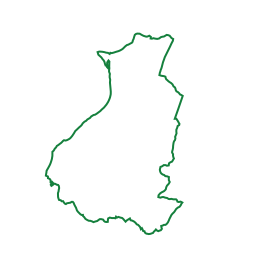 São Francisco de Itabapoana, Rio de Janeiro, Brazil, rotated 193°
{"feature_id": "56859067B40188344315661", "entity_name": "São Francisco de Itabapoana", "entity_type": "district", "adm_level": 2, "iso_a3": "BRA", "parent_name": "Brazil", "parent_adm1": "Rio de Janeiro", "projection": "mercator", "projection_center": [-41.135, -21.454], "detail": "fine", "context": "isolated", "style": "outline", "palette": "green", "viewbox_px": 256, "rotation_deg": 193, "n_neighbors": 0, "source": "geoboundaries", "source_scale": "gbopen_adm2", "svg_char_len": 4546}
<svg xmlns="http://www.w3.org/2000/svg" viewBox="0 0 256 256"><g transform="rotate(193 128 128)"><path d="M72.3,37.4L72.9,38.4L73.6,40.0L72.2,40.8L71.2,41.7L69.6,42.1L68.5,43.6L67.8,45.3L67.4,47.3L67.1,49.1L66.7,50.6L66.2,52.8L65.4,54.5L64.2,56.3L63.5,58.0L62.9,59.8L61.6,61.6L60.0,62.9L59.2,64.7L58.9,66.3L58.3,67.6L60.2,68.1L61.9,67.3L63.3,67.4L64.0,68.6L65.1,69.3L66.5,69.0L67.9,68.7L69.9,68.7L71.3,68.1L72.5,68.0L74.2,68.6L76.2,68.5L77.8,68.7L79.1,68.4L80.8,67.4L82.9,67.5L83.1,69.3L82.0,71.5L80.7,72.9L79.7,73.7L78.7,74.6L78.0,75.6L77.4,76.7L77.4,78.9L77.0,80.7L76.3,81.8L75.7,83.0L75.2,84.8L76.4,86.2L76.9,88.0L77.1,89.4L78.9,89.7L80.8,89.5L82.1,90.3L83.8,90.5L85.2,91.1L86.2,91.9L87.0,93.1L87.6,94.5L87.6,95.9L87.6,97.4L86.1,98.4L84.8,99.9L83.0,100.3L81.6,100.0L79.9,100.7L80.1,102.8L79.0,104.1L77.5,105.2L76.9,107.1L76.4,108.6L77.2,109.7L77.9,111.1L78.2,112.6L79.5,114.0L79.7,115.2L79.6,116.4L79.6,117.7L79.7,119.0L80.0,120.6L80.2,122.6L80.3,124.4L80.0,125.8L79.5,126.9L79.5,128.7L80.1,129.9L79.8,131.7L79.5,133.6L80.1,135.4L80.5,137.2L80.1,139.4L80.1,141.1L78.8,142.4L78.8,143.6L79.8,144.6L80.6,145.6L83.0,147.9L84.5,147.5L83.4,157.1L81.9,171.6L83.6,172.2L84.9,172.4L86.0,173.4L87.4,174.2L89.0,174.6L90.0,175.7L90.6,177.0L91.4,178.1L93.0,178.8L94.4,180.5L96.1,181.5L97.9,182.1L99.4,182.8L100.5,183.5L101.6,184.0L102.4,185.0L103.1,186.4L104.5,186.6L105.9,186.5L107.4,186.4L109.3,186.6L109.4,189.0L109.2,190.7L109.2,191.9L108.9,193.5L108.8,195.1L108.7,199.9L108.3,203.1L108.1,205.2L105.4,216.6L104.7,220.0L103.9,223.0L104.0,224.9L105.8,225.4L108.2,227.3L109.8,227.5L111.3,227.4L112.2,226.5L113.6,225.2L115.2,224.6L116.5,223.8L117.7,222.3L119.5,221.4L121.6,221.2L123.5,221.2L124.8,220.4L126.1,220.3L126.2,221.9L128.0,222.7L129.6,221.5L130.8,221.1L133.6,221.3L135.6,221.8L137.8,222.5L140.1,222.1L141.3,221.5L142.3,220.3L142.5,218.1L142.6,216.0L143.0,214.3L142.9,213.1L143.5,211.8L144.4,211.1L145.4,210.2L146.4,209.3L147.7,208.6L149.0,207.0L150.0,205.4L151.1,203.7L152.9,202.0L154.5,200.8L156.5,199.7L158.8,198.3L160.7,197.3L162.1,197.3L162.5,196.0L164.4,196.7L166.3,196.5L168.1,196.6L170.1,196.5L172.2,196.2L173.4,195.9L174.7,195.1L173.4,192.8L172.2,192.1L170.9,191.4L169.7,190.7L168.3,189.4L167.0,188.5L165.9,187.3L164.8,185.2L163.9,183.9L162.5,184.8L163.0,186.8L162.7,188.2L162.2,189.4L161.1,188.6L160.9,187.4L160.1,183.6L159.6,182.0L159.4,179.9L159.1,178.6L157.8,176.6L157.7,175.2L157.3,173.3L156.2,171.0L155.8,168.2L153.9,162.5L153.0,159.7L152.6,157.9L152.4,156.6L152.4,155.2L152.4,153.7L152.6,152.1L152.9,150.4L153.3,148.7L153.8,147.3L154.3,145.9L155.1,144.3L156.0,142.5L157.0,141.1L158.0,139.7L158.6,138.6L159.4,137.6L160.6,136.2L161.8,134.8L163.0,133.6L164.5,132.9L165.5,131.9L166.5,130.9L167.2,129.4L168.5,128.1L169.5,127.2L170.4,125.6L171.8,124.4L173.2,122.3L173.7,120.7L174.5,119.3L175.7,117.7L176.8,116.0L177.7,114.6L178.7,113.2L179.3,111.2L179.9,109.5L180.6,107.7L181.3,106.3L181.9,105.2L182.7,104.2L183.7,103.3L184.8,102.4L186.1,101.7L187.6,101.7L188.4,100.8L189.1,99.5L189.9,98.3L190.8,97.3L192.0,95.8L193.3,94.5L193.8,92.8L194.7,91.4L195.0,90.2L195.4,89.1L196.3,87.8L195.8,85.6L195.4,83.8L195.3,82.2L195.2,80.7L195.3,78.8L195.5,76.6L195.8,74.7L196.3,72.8L196.8,71.0L197.2,69.7L197.7,68.0L197.5,66.3L197.4,64.4L197.3,63.1L195.1,62.7L194.7,61.1L192.9,60.8L191.7,59.7L191.3,58.0L190.1,58.6L189.0,57.8L190.2,57.0L190.5,55.3L189.6,54.4L188.7,55.3L188.0,56.3L187.2,57.2L186.1,57.2L184.8,56.7L183.3,56.8L182.4,56.0L181.8,54.7L181.5,53.5L181.6,52.3L181.4,50.7L181.6,48.8L181.2,47.2L180.6,45.0L179.9,43.7L179.0,42.4L177.3,42.5L176.2,41.7L174.8,42.1L173.6,40.9L172.5,40.1L171.4,39.9L170.6,40.9L169.2,41.5L167.3,42.3L166.4,43.3L165.2,43.6L164.2,42.9L163.0,41.2L161.8,39.8L160.7,38.6L159.2,36.2L157.9,35.1L156.0,33.9L154.9,33.2L153.5,32.8L152.4,33.2L152.0,32.1L150.6,31.3L149.1,29.9L147.4,29.3L145.4,28.8L143.8,29.1L141.9,28.9L140.5,28.5L138.9,29.5L137.0,30.5L135.9,31.9L134.9,32.9L133.3,33.2L131.5,33.1L130.6,32.1L129.4,31.5L128.1,31.5L126.6,32.0L126.9,33.8L127.0,35.4L125.6,36.6L123.6,36.6L121.5,37.1L120.0,37.2L119.7,38.9L118.6,38.2L117.4,39.2L115.4,39.0L113.5,39.0L112.3,38.4L110.8,37.3L109.3,36.2L108.3,37.8L107.1,39.0L105.8,40.3L104.7,38.7L103.0,38.7L101.0,38.2L99.3,37.3L97.8,36.1L96.4,35.9L95.3,35.2L93.9,34.2L92.7,32.3L91.9,33.5L91.0,32.5L90.2,31.1L88.7,31.1L88.0,29.9L86.4,29.2L85.3,29.3L84.0,29.3L82.4,29.9L81.3,30.6L80.0,31.4L79.5,32.8L78.6,34.1L78.0,35.4L76.7,34.6L75.3,34.3L74.2,35.1L73.0,35.8L72.3,37.4ZM162.5,184.8L162.2,182.7L160.7,181.7L161.4,183.6L162.5,184.8Z" fill="none" stroke="#15803d" stroke-width="2"/></g></svg>